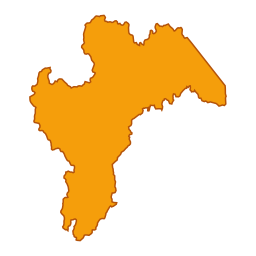 Ataléia, Minas Gerais, Brazil (Equal Earth projection)
{"feature_id": "56859067B60504101034226", "entity_name": "Ataléia", "entity_type": "district", "adm_level": 2, "iso_a3": "BRA", "parent_name": "Brazil", "parent_adm1": "Minas Gerais", "projection": "equal_earth", "projection_center": [-41.183, -18.216], "detail": "fine", "context": "isolated", "style": "filled", "palette": "amber", "viewbox_px": 256, "rotation_deg": 0, "n_neighbors": 0, "source": "geoboundaries", "source_scale": "gbopen_adm2", "svg_char_len": 5646}
<svg xmlns="http://www.w3.org/2000/svg" viewBox="0 0 256 256"><path d="M117.4,22.0L116.2,20.8L115.0,20.9L113.1,22.2L111.9,22.5L110.8,21.9L109.7,21.8L107.7,22.2L106.7,21.4L105.2,21.3L104.5,19.9L105.4,17.5L104.7,16.2L104.0,15.4L100.4,15.8L99.5,16.6L98.5,16.3L96.3,16.0L95.5,16.4L93.5,18.7L91.6,20.1L90.9,21.6L90.0,22.7L88.8,23.0L87.4,23.0L86.5,23.4L85.0,25.1L85.7,26.4L85.4,28.0L83.9,32.9L83.6,34.3L83.9,37.8L83.6,39.3L83.9,41.2L84.4,42.9L83.5,44.1L82.4,45.0L81.7,46.1L81.7,47.6L82.5,48.3L83.8,50.2L84.1,52.6L85.0,53.9L86.4,54.1L87.4,53.7L88.7,53.9L89.8,55.3L90.8,56.8L91.7,60.1L94.1,63.1L94.3,64.5L92.2,70.2L92.8,71.9L94.3,72.4L95.2,73.0L94.8,74.2L93.1,76.8L92.0,77.7L90.4,78.3L90.1,80.0L90.7,81.8L89.4,82.8L85.1,81.6L84.2,84.1L82.5,85.3L81.8,86.2L79.7,85.8L78.2,86.0L77.1,86.9L73.9,86.7L71.2,88.0L70.5,86.8L67.7,85.4L66.8,83.9L64.5,81.9L61.9,79.1L59.8,78.9L58.6,79.3L57.7,80.3L57.2,81.7L55.2,81.0L54.5,82.5L53.4,83.7L52.0,84.5L49.4,83.3L49.1,80.8L47.9,77.5L47.8,75.5L48.4,73.9L49.1,73.0L50.1,72.8L50.8,72.0L51.0,70.7L50.5,69.6L49.9,68.8L50.1,67.5L46.5,68.2L45.2,68.1L42.3,69.9L41.5,71.4L39.9,71.8L39.0,73.0L38.5,76.0L37.6,78.8L37.9,80.3L37.8,81.7L37.1,84.3L34.9,86.0L33.9,86.1L32.8,85.9L32.1,86.7L31.8,88.1L32.0,89.8L32.7,91.2L33.9,91.6L35.0,92.6L34.6,93.8L33.7,94.7L29.9,96.9L30.0,100.0L30.4,101.5L31.2,102.9L33.7,106.0L34.7,106.5L35.9,107.4L35.3,109.3L35.3,113.3L34.8,114.8L34.5,116.2L34.6,118.9L34.3,120.1L33.9,121.1L34.4,122.4L39.0,123.4L39.5,124.4L40.0,125.7L39.9,127.3L39.0,128.6L38.8,129.9L39.9,130.7L42.1,130.5L43.2,131.0L43.7,132.1L45.5,133.6L46.7,136.0L47.7,139.0L48.4,139.9L49.2,139.9L50.2,140.5L51.1,143.3L51.2,145.3L51.6,147.1L51.5,149.1L52.4,150.0L54.2,149.6L55.6,148.7L56.9,148.5L58.0,148.1L59.1,148.5L60.0,149.1L60.3,150.6L61.0,151.5L62.5,151.5L63.5,152.7L64.2,153.9L65.0,156.2L66.9,159.9L67.8,160.8L69.1,161.2L70.9,165.0L72.0,165.4L73.0,165.3L74.0,165.6L74.5,166.6L74.5,168.1L74.0,170.0L74.2,172.0L73.1,172.7L71.8,172.1L70.3,172.1L68.2,171.1L66.9,171.9L65.8,172.1L65.8,173.7L65.0,175.0L64.1,176.0L64.0,178.0L65.2,178.8L66.0,179.9L65.7,181.7L66.9,183.5L68.2,186.7L68.8,190.9L68.3,192.0L67.3,193.1L66.9,194.6L67.9,197.3L66.8,197.6L65.8,197.4L64.9,197.6L63.2,199.2L63.2,202.3L62.8,203.6L63.0,205.0L62.4,208.5L60.9,211.1L60.8,212.3L61.6,213.6L63.8,215.8L64.4,217.6L64.4,219.4L64.0,221.0L64.0,223.9L63.6,225.5L62.7,226.8L63.1,228.0L65.5,229.8L66.6,229.6L67.9,230.7L68.1,228.9L68.0,227.1L68.6,226.1L69.7,225.8L70.5,224.6L70.9,222.8L70.7,221.3L71.0,220.0L73.3,219.7L74.2,219.1L75.5,219.1L76.3,219.8L76.4,221.0L75.7,224.1L75.0,225.5L74.0,226.5L74.3,228.0L73.7,229.7L72.9,231.0L73.3,234.4L74.0,235.2L74.2,236.6L75.2,237.2L76.4,237.5L76.4,238.7L76.1,239.9L77.0,240.3L80.2,240.6L83.1,238.0L83.8,236.7L84.3,235.3L85.2,235.0L87.0,235.0L89.0,235.3L91.1,233.8L92.1,232.7L92.2,230.1L93.0,229.8L94.1,230.0L95.0,229.8L95.9,229.1L95.8,227.5L96.8,226.1L97.4,224.7L97.5,223.0L98.9,220.7L100.1,219.2L101.6,218.6L102.8,218.5L104.1,218.7L104.8,217.9L105.8,214.6L105.8,213.4L106.7,212.3L107.5,210.5L109.9,206.5L110.8,206.0L111.6,206.9L113.4,206.2L116.3,204.2L116.7,202.7L113.8,202.5L112.0,201.8L112.0,199.2L111.3,197.8L111.2,196.6L112.2,193.0L113.6,193.0L115.1,192.5L116.0,190.6L115.6,188.0L114.9,186.9L115.0,184.9L115.5,181.8L114.7,179.8L114.7,175.8L113.4,174.4L113.6,172.8L113.2,170.9L113.1,169.0L112.6,167.5L112.3,164.4L115.7,161.1L116.9,160.4L117.4,158.9L117.5,157.5L120.2,154.8L120.9,153.8L121.3,152.3L123.8,150.7L125.8,148.4L127.1,147.3L128.3,145.6L129.3,145.2L130.4,143.9L130.5,142.0L129.2,139.0L129.7,137.2L128.8,136.5L129.1,135.4L129.7,134.5L130.8,134.5L131.9,133.9L131.8,132.6L130.8,132.1L130.2,130.5L129.0,129.4L128.6,126.9L130.9,125.5L131.6,123.9L131.6,120.2L132.6,119.1L133.9,118.5L139.2,114.4L140.3,114.7L142.4,113.0L143.1,110.5L142.5,108.9L143.5,108.2L144.4,108.3L145.5,107.8L147.2,107.9L148.5,107.4L147.9,108.6L147.7,110.7L148.8,110.9L149.3,109.9L149.7,107.5L150.2,106.5L150.4,105.3L153.2,105.5L154.3,105.3L154.5,106.6L155.7,108.9L158.7,108.7L161.1,108.8L161.8,110.1L162.4,108.5L162.6,106.6L161.9,104.5L162.0,103.3L162.6,101.4L163.2,100.4L164.3,100.0L164.4,98.9L165.4,98.7L166.5,99.4L167.3,100.2L168.5,100.6L169.6,103.5L171.8,104.0L172.4,102.2L173.7,100.1L173.0,99.2L173.1,97.6L172.9,95.9L173.5,93.9L175.0,94.2L176.0,96.7L178.6,96.8L179.9,95.8L180.7,93.4L183.0,90.6L185.4,88.3L186.6,88.3L186.9,86.6L188.2,87.4L189.4,85.9L190.3,85.9L190.4,87.8L190.0,89.8L191.1,90.9L191.5,91.9L192.7,91.6L193.9,91.7L194.6,90.3L195.5,91.7L197.9,94.2L198.4,95.8L198.5,97.1L199.3,98.2L200.9,98.2L202.0,100.7L204.3,101.6L205.4,101.1L206.4,101.4L207.7,102.6L208.8,102.4L210.3,101.9L216.1,103.5L217.2,104.3L219.0,106.1L221.1,105.5L222.3,105.0L224.4,105.5L225.8,104.0L225.5,98.5L225.6,97.4L226.1,96.3L225.4,93.8L225.3,88.2L225.1,85.7L191.9,43.4L187.2,37.6L185.9,37.8L184.9,38.3L184.0,37.5L183.5,36.1L182.5,35.2L181.9,33.6L182.3,29.6L181.6,28.1L180.9,27.5L180.0,27.9L179.1,28.0L178.1,27.8L177.1,28.4L175.2,30.6L174.2,31.0L172.7,28.7L170.1,26.5L168.3,24.0L166.1,24.9L165.1,25.5L164.0,25.3L162.5,26.6L161.2,26.2L159.7,26.1L157.3,23.6L156.2,23.9L155.6,25.2L155.1,27.0L155.3,28.2L156.2,30.3L156.3,31.5L154.8,33.2L153.8,33.7L152.8,33.3L152.7,31.7L152.1,30.7L151.3,30.3L150.4,30.6L150.0,34.0L149.3,35.1L149.3,37.6L147.6,39.4L146.0,39.7L144.8,40.2L144.0,42.0L144.0,43.7L143.6,45.0L141.6,43.9L140.7,42.6L139.7,43.0L139.4,44.1L139.5,45.5L138.4,45.1L137.1,44.2L136.4,42.6L134.5,42.9L133.7,41.9L133.1,36.6L132.7,35.5L131.9,35.0L130.8,34.8L129.7,34.1L129.0,33.2L128.7,31.7L128.5,27.6L129.0,24.8L128.4,23.6L126.3,22.0L125.0,22.3L123.5,24.7L122.4,25.2L121.5,25.0L120.7,24.5L119.9,23.4L118.6,23.9L117.7,23.7L117.4,22.0Z" fill="#f59e0b" stroke="#b45309" stroke-width="1.5"/></svg>